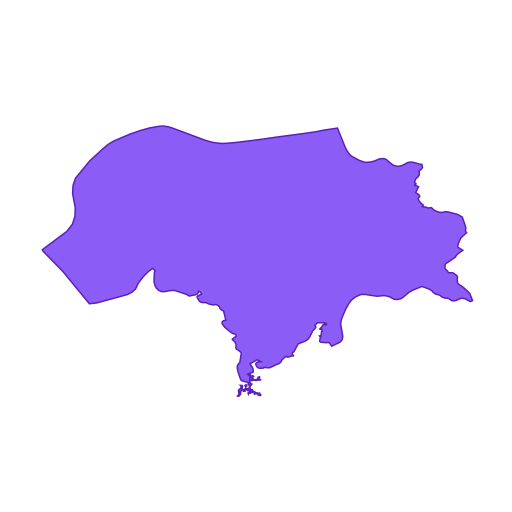 Quang Yen, Quảng Ninh, Vietnam, rotated 84°
{"feature_id": "81297802B38356347526872", "entity_name": "Quang Yen", "entity_type": "district", "adm_level": 2, "iso_a3": "VNM", "parent_name": "Vietnam", "parent_adm1": "Quảng Ninh", "projection": "equal_earth", "projection_center": [106.908, 20.924], "detail": "fine", "context": "isolated", "style": "filled", "palette": "violet", "viewbox_px": 512, "rotation_deg": 84, "n_neighbors": 0, "source": "geoboundaries", "source_scale": "gbopen_adm2", "svg_char_len": 6090}
<svg xmlns="http://www.w3.org/2000/svg" viewBox="0 0 512 512"><g transform="rotate(84 256 256)"><path d="M286.1,426.7L286.0,419.0L280.9,387.9L278.8,382.8L276.3,379.3L270.5,375.7L264.6,370.1L259.7,363.9L257.5,360.0L260.1,357.9L261.9,358.8L270.4,360.1L273.8,359.8L277.2,358.7L280.0,356.3L281.5,353.9L281.8,351.7L281.9,350.3L281.5,346.5L281.5,342.7L282.0,339.9L286.8,329.3L288.7,326.8L288.9,326.0L288.6,325.0L288.3,320.5L287.6,318.3L286.5,317.4L285.0,316.7L285.2,315.9L287.8,314.1L288.5,314.4L289.4,317.9L290.4,318.9L292.2,318.5L295.2,316.9L296.3,315.5L296.9,313.3L297.1,310.6L298.7,308.1L299.8,305.1L300.2,303.2L300.0,301.2L300.6,299.8L302.7,297.7L304.4,297.3L306.0,296.1L307.3,294.0L316.7,292.7L317.0,295.4L318.1,296.6L319.7,296.8L323.7,294.5L328.7,289.6L330.6,287.3L331.4,285.1L332.4,284.1L333.7,284.1L335.9,287.9L336.5,288.3L339.3,286.0L341.7,285.1L343.4,285.1L345.0,285.7L346.5,285.3L347.5,283.8L350.2,281.1L351.2,280.8L360.4,283.3L361.3,284.5L363.1,286.0L365.2,286.4L369.3,286.0L375.6,284.6L377.9,283.9L378.9,282.6L381.2,276.2L381.2,275.8L380.5,275.4L375.2,274.7L374.3,275.0L372.8,276.7L372.3,275.9L371.4,271.1L370.0,270.8L368.4,270.7L366.2,271.2L365.4,272.0L362.4,273.1L360.5,268.3L359.3,265.9L361.6,262.2L361.7,263.2L361.5,265.1L362.2,266.6L363.1,267.5L364.7,267.4L366.1,266.8L367.2,265.9L367.7,265.0L368.1,263.6L368.3,260.7L367.7,259.5L368.6,254.7L368.4,253.5L366.2,247.3L365.4,244.3L363.8,242.0L362.2,241.3L359.0,236.8L358.9,236.2L359.6,235.8L360.0,234.8L359.2,231.4L359.3,229.3L359.0,229.1L358.0,229.8L356.1,230.2L355.1,228.2L347.9,223.4L345.8,216.0L344.5,213.4L343.1,211.8L338.1,208.4L336.7,207.8L333.7,204.2L332.7,203.9L331.5,204.8L328.8,202.0L329.6,194.9L330.1,194.9L330.5,193.2L331.8,193.1L332.0,193.4L331.2,195.7L331.3,196.3L333.8,198.5L335.0,200.0L335.4,200.1L335.7,199.6L335.8,198.8L335.6,198.4L337.5,198.0L337.8,198.6L342.0,199.7L342.1,201.2L342.6,201.0L342.7,200.1L346.7,201.5L347.7,201.5L348.1,201.2L348.6,200.3L349.5,195.7L349.7,192.4L353.6,190.1L350.5,181.5L348.7,179.4L347.5,178.7L344.9,178.1L332.7,178.9L328.5,177.9L323.4,175.3L318.0,172.2L313.0,168.6L310.0,165.9L307.2,161.5L305.5,156.7L305.3,154.4L305.7,151.2L308.7,139.7L308.7,133.6L309.2,130.8L310.6,127.3L313.4,123.3L314.1,120.1L313.7,116.8L312.9,114.7L308.1,107.7L306.4,103.8L303.7,94.5L303.9,93.5L307.2,87.0L308.9,84.8L310.9,83.4L312.6,81.4L314.1,77.5L316.4,75.1L317.4,73.2L318.0,70.1L318.6,68.6L320.9,66.0L321.3,64.0L321.1,61.5L319.6,56.9L319.6,55.0L320.6,52.1L323.5,48.1L323.6,46.8L323.3,45.9L322.9,45.3L315.4,47.4L309.1,52.9L307.7,54.3L305.6,57.1L304.0,58.2L301.3,58.5L298.1,57.8L296.7,58.1L294.1,60.9L293.2,62.2L292.8,66.1L290.1,67.8L288.3,69.5L284.5,68.8L283.6,68.3L278.3,58.3L275.2,55.5L271.9,49.7L268.5,54.2L268.2,54.4L267.1,54.3L265.7,53.9L259.8,50.7L257.5,47.8L254.9,44.1L253.0,45.1L250.3,44.4L248.1,44.6L238.8,46.8L235.6,51.4L232.5,59.7L231.7,62.6L232.1,66.8L231.6,69.2L230.0,72.6L228.7,74.5L226.4,76.3L226.2,76.7L226.3,79.8L225.2,81.8L224.3,85.5L222.9,84.3L220.6,86.5L217.8,88.3L215.9,88.7L213.7,86.9L212.1,87.5L209.7,90.6L204.1,87.1L203.0,89.0L202.8,90.2L202.3,90.8L201.9,90.7L201.3,89.4L201.0,89.3L200.6,89.4L199.4,90.6L198.9,90.6L196.1,89.1L195.2,88.1L194.7,87.1L192.5,85.2L188.6,84.9L186.2,81.7L185.1,81.1L182.1,81.5L182.0,83.2L179.4,89.4L178.9,91.3L178.7,92.8L179.0,95.5L181.4,101.5L181.6,103.3L181.6,105.5L181.2,107.4L180.4,109.3L179.0,111.2L173.6,116.4L172.8,117.9L172.3,119.8L172.4,123.4L173.8,127.9L174.4,131.5L174.5,134.9L174.2,138.0L171.8,143.1L167.5,149.5L166.0,151.2L164.3,152.6L160.2,154.8L156.6,156.1L137.3,161.6L137.9,175.5L138.7,183.7L139.2,197.0L139.8,220.1L140.6,241.9L141.0,265.5L140.8,273.3L140.6,277.3L139.9,281.6L138.4,287.4L135.9,293.8L119.7,326.4L118.2,330.2L117.1,334.3L116.8,337.6L117.5,348.4L118.9,356.7L121.5,368.3L126.8,385.5L129.2,390.8L133.5,397.2L143.9,411.3L159.8,427.4L166.4,430.5L174.8,431.9L189.2,430.7L197.5,431.9L205.1,435.2L211.7,441.5L227.4,467.9L228.6,467.5L229.7,466.7L251.2,449.7L286.1,426.7ZM385.8,283.5L383.7,282.9L383.3,283.3L383.1,284.7L383.7,284.0L384.1,283.9L384.6,284.8L385.3,284.7L386.0,285.2L386.3,285.1L386.9,286.7L387.4,287.2L387.9,287.1L388.2,287.6L389.2,287.5L389.3,286.6L389.8,286.4L390.0,287.3L390.5,287.1L391.0,287.5L391.8,287.2L393.3,289.1L393.6,288.7L393.6,287.6L392.6,286.7L392.0,285.8L391.4,286.0L390.2,285.5L389.8,285.8L388.0,284.3L387.5,283.2L387.0,283.4L386.7,284.4L386.2,284.2L385.8,283.5ZM386.3,275.9L385.0,275.4L384.8,275.5L385.2,276.2L386.1,276.1L386.8,277.2L387.1,278.2L386.9,280.8L387.1,281.3L388.2,282.6L389.2,282.7L389.4,281.5L389.3,281.0L388.6,280.9L387.8,280.1L387.9,278.4L388.5,278.7L389.0,278.5L389.0,278.1L388.6,277.6L389.1,276.7L388.0,275.5L387.8,275.8L386.8,275.5L386.3,275.9ZM393.0,271.1L392.0,270.3L390.9,271.5L390.6,272.3L389.7,273.2L390.1,274.6L390.0,275.0L389.6,274.4L388.6,273.8L388.5,274.2L389.4,275.2L389.0,276.2L389.4,276.1L390.0,276.6L389.9,275.3L390.9,275.2L391.2,273.7L391.1,272.5L391.6,271.3L392.1,271.4L392.1,272.0L392.9,272.2L393.3,272.0L393.0,271.1ZM395.0,267.5L395.2,266.0L394.7,265.7L393.8,266.6L392.9,266.6L392.6,267.0L392.9,268.4L392.4,268.9L392.2,269.5L392.6,269.7L393.3,269.4L393.6,268.7L394.4,268.5L395.0,267.5ZM384.1,274.6L383.5,273.8L382.9,273.5L382.6,274.6L381.7,274.7L381.6,275.4L382.0,277.0L382.8,277.3L383.4,277.0L383.7,276.2L383.6,275.6L384.1,275.1L384.1,274.6ZM379.5,270.5L379.8,268.1L379.5,266.7L379.7,265.6L380.0,264.9L379.6,264.4L379.2,264.9L379.2,266.4L378.7,267.3L379.1,269.9L379.0,270.4L379.5,270.5ZM379.2,274.6L379.5,273.8L379.3,272.1L378.8,271.2L378.5,271.2L378.2,271.8L378.5,274.2L378.6,274.6L379.2,274.6ZM375.5,271.7L375.3,271.1L374.7,271.7L374.7,272.2L375.7,272.3L376.4,273.9L376.7,273.9L376.8,271.9L375.5,271.7ZM391.9,278.0L391.9,275.7L391.5,275.3L390.9,276.0L390.9,277.0L391.0,277.8L391.3,278.2L391.7,278.3L392.3,278.1L391.9,278.0ZM384.3,279.4L384.2,278.8L382.9,279.3L383.5,280.5L385.4,279.9L385.3,279.6L384.3,279.4ZM377.3,265.6L376.9,265.0L376.5,265.1L376.8,266.6L377.7,267.0L378.1,266.7L378.1,266.2L377.8,265.7L377.3,265.6ZM374.3,274.8L374.9,274.5L374.9,274.0L373.9,273.8L373.4,274.0L373.3,274.7L374.3,274.8Z" fill="#8b5cf6" stroke="#5b21b6" stroke-width="1.5"/></g></svg>